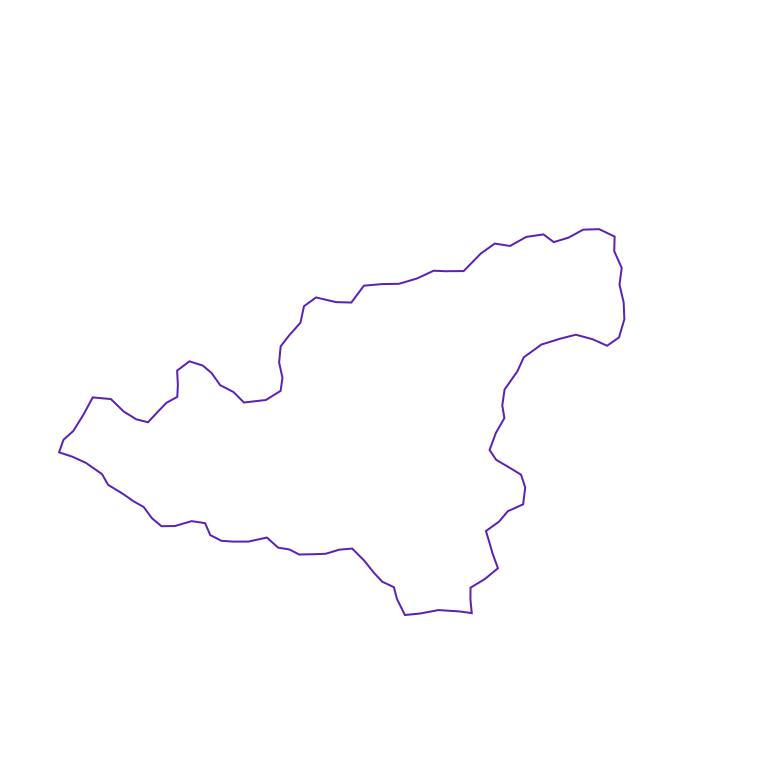 outline of São Sebastião da Vargem Alegre, Minas Gerais, Brazil, rotated 40°
{"feature_id": "56859067B17307999263645", "entity_name": "São Sebastião da Vargem Alegre", "entity_type": "district", "adm_level": 2, "iso_a3": "BRA", "parent_name": "Brazil", "parent_adm1": "Minas Gerais", "projection": "mercator", "projection_center": [-42.601, -21.015], "detail": "fine", "context": "isolated", "style": "outline", "palette": "violet", "viewbox_px": 768, "rotation_deg": 40, "n_neighbors": 0, "source": "geoboundaries", "source_scale": "gbopen_adm2", "svg_char_len": 1545}
<svg xmlns="http://www.w3.org/2000/svg" viewBox="0 0 768 768"><g transform="rotate(40 384 384)"><path d="M349.2,265.3L341.4,282.0L331.0,297.7L318.4,308.6L305.4,321.6L306.6,342.6L294.5,352.2L276.3,361.4L272.7,375.8L280.6,390.8L280.1,407.5L280.6,421.5L289.8,434.9L302.3,444.6L309.2,455.7L303.8,472.2L288.6,488.2L273.9,486.9L259.3,490.2L244.8,486.4L233.2,486.4L220.4,491.7L216.9,506.7L226.6,517.1L233.9,526.7L229.4,538.4L228.5,551.6L227.8,565.0L216.9,570.3L202.2,572.4L184.5,571.1L169.5,581.5L173.6,601.5L176.2,619.8L174.3,632.7L179.0,645.2L191.8,640.1L206.5,636.0L225.9,634.3L237.5,638.6L254.5,636.0L267.8,634.8L278.9,632.7L292.6,636.0L304.9,636.0L315.1,627.2L324.8,612.7L336.4,605.6L348.0,611.4L360.3,608.6L370.0,601.5L381.4,591.9L393.0,576.9L408.1,577.4L417.8,571.6L428.7,569.1L439.2,559.9L448.4,551.6L456.2,539.7L465.4,530.5L482.2,532.0L497.6,535.1L509.7,536.6L522.2,533.3L532.2,540.4L548.5,547.5L559.4,536.4L571.0,522.2L588.0,509.7L598.5,503.1L588.7,493.5L581.2,484.4L586.6,468.6L589.7,451.9L576.0,444.0L566.7,437.7L556.6,431.1L560.6,415.4L560.6,401.9L567.9,386.7L558.7,372.5L547.3,365.4L533.4,367.5L518.7,370.0L507.3,366.7L501.2,349.7L498.1,332.7L488.4,324.4L479.9,310.7L478.0,288.6L473.9,273.7L479.2,252.6L489.6,236.4L499.3,222.9L515.1,215.6L530.3,211.3L534.1,197.3L526.5,179.9L515.1,167.4L500.5,156.5L491.5,142.3L474.9,134.2L465.9,122.8L449.3,127.1L437.3,137.8L431.3,153.2L422.8,166.2L410.0,166.9L398.4,179.9L391.8,197.3L378.6,205.2L374.3,221.7L372.4,246.3L358.2,258.4L349.2,265.3Z" fill="none" stroke="#5b21b6" stroke-width="2"/></g></svg>